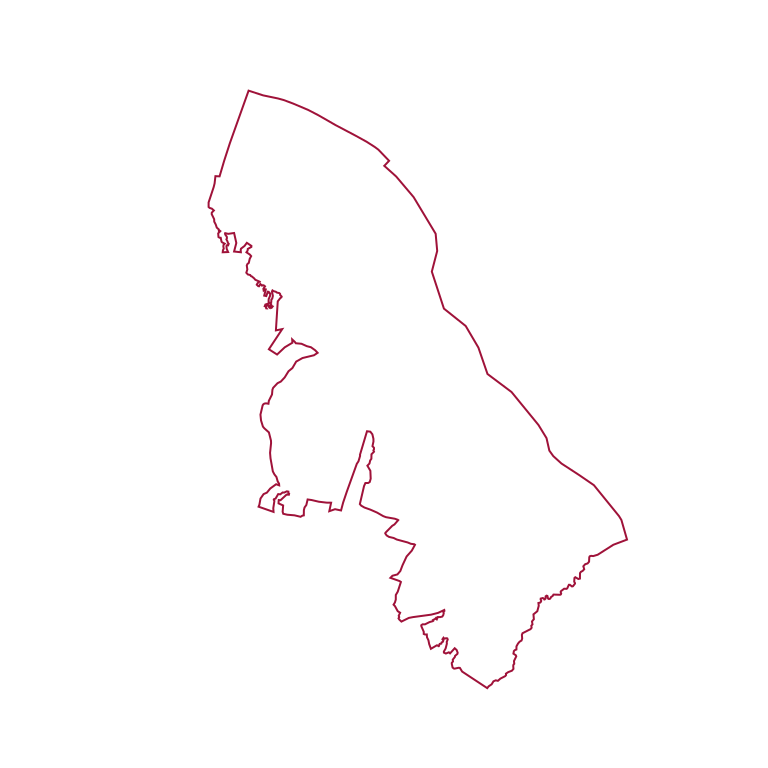 Galicea, Vâlcea, Romania, rotated 128°
{"feature_id": "2599482B8272038924488", "entity_name": "Galicea", "entity_type": "district", "adm_level": 2, "iso_a3": "ROU", "parent_name": "Romania", "parent_adm1": "Vâlcea", "projection": "albers", "projection_center": [24.314, 44.946], "detail": "fine", "context": "isolated", "style": "outline", "palette": "rose", "viewbox_px": 768, "rotation_deg": 128, "n_neighbors": 0, "source": "geoboundaries", "source_scale": "gbopen_adm2", "svg_char_len": 6165}
<svg xmlns="http://www.w3.org/2000/svg" viewBox="0 0 768 768"><g transform="rotate(128 384 384)"><path d="M379.5,592.2L376.0,588.1L374.4,591.1L372.3,593.1L371.1,593.1L370.7,592.2L369.1,592.7L368.9,593.9L368.0,595.1L367.1,597.2L365.7,597.6L364.7,598.6L364.1,600.8L363.5,601.8L362.9,602.0L361.6,599.2L357.3,595.1L363.8,587.2L371.9,583.7L368.3,577.9L366.7,579.4L365.4,580.0L361.1,578.9L357.2,579.0L356.8,573.5L357.7,572.9L361.4,574.5L362.9,573.6L364.9,573.5L364.6,569.4L365.0,567.4L368.0,566.9L371.8,565.1L373.5,565.5L375.1,565.1L377.9,562.2L381.1,561.0L381.5,558.7L380.5,556.5L380.9,555.2L380.6,554.4L380.7,551.4L381.1,549.6L380.0,545.2L382.4,545.7L384.1,545.4L384.3,543.3L383.9,542.6L381.4,543.0L381.7,542.3L381.2,541.5L381.6,540.8L380.3,539.6L380.3,537.9L383.2,537.7L384.3,536.5L382.6,536.3L382.2,535.4L388.1,532.8L387.2,530.9L382.8,532.4L382.4,531.7L382.5,531.0L383.0,530.8L382.7,529.4L384.8,528.0L388.0,527.2L390.0,525.8L390.4,525.0L392.0,524.8L394.4,526.4L396.1,525.9L395.8,525.0L396.9,523.4L396.7,523.1L396.3,524.1L394.5,524.9L392.9,522.9L394.0,522.3L394.4,521.3L394.3,520.7L393.7,520.9L393.2,519.5L391.5,519.5L392.1,521.2L391.8,521.4L391.4,520.9L391.3,521.5L390.5,522.1L390.5,523.2L389.0,523.2L386.7,524.8L385.6,524.6L383.0,525.8L380.0,529.3L378.9,529.5L378.8,528.2L377.9,526.0L377.9,524.7L376.8,522.4L377.0,521.3L377.8,520.6L378.1,518.5L378.9,518.2L380.1,518.6L384.3,518.6L408.3,502.2L403.4,498.0L427.5,496.1L426.6,486.4L416.2,484.8L407.9,481.6L405.4,483.8L405.7,480.3L406.2,478.6L403.1,473.8L401.7,468.1L400.0,464.2L399.8,459.0L400.3,455.5L404.5,456.9L413.7,464.2L420.4,467.0L427.8,466.0L432.7,467.1L440.0,466.3L445.6,466.8L448.9,468.4L455.2,469.0L457.2,468.4L461.2,465.8L468.1,464.4L470.7,462.9L471.9,465.1L473.1,466.2L474.3,466.6L475.5,466.5L484.2,462.5L488.4,458.5L492.1,453.2L492.6,451.0L493.0,444.9L498.2,438.2L500.1,436.6L508.4,431.4L512.4,427.7L521.3,417.8L522.7,414.7L523.5,411.5L526.2,407.8L527.1,405.4L528.4,404.2L529.4,407.3L536.4,409.3L541.7,409.4L544.9,411.1L550.3,410.8L555.8,407.9L557.9,407.3L552.8,392.3L550.0,394.8L543.6,398.4L543.1,399.6L542.6,399.8L541.0,398.9L535.9,399.6L534.8,397.8L531.9,397.1L531.0,395.8L528.4,394.5L527.7,393.1L528.9,392.2L528.8,391.3L529.8,390.8L531.2,392.7L539.3,394.0L540.2,395.5L541.2,394.9L543.0,393.6L541.8,388.7L547.1,385.2L548.3,383.5L546.6,379.8L542.6,373.7L540.0,368.0L537.9,367.2L536.9,366.3L532.7,369.5L530.2,370.6L527.2,370.7L522.0,373.1L520.0,369.6L516.9,362.9L512.9,356.3L510.1,352.6L517.9,348.8L512.8,345.5L510.1,340.0L502.6,343.2L491.8,347.0L463.6,356.3L460.7,356.5L455.3,358.6L454.7,359.3L431.7,368.3L430.0,365.4L430.8,362.2L433.7,358.6L435.8,356.9L440.1,354.8L440.4,352.7L441.6,351.7L442.8,351.5L443.5,350.2L447.1,350.6L450.7,347.9L452.8,347.8L455.6,346.5L458.6,346.8L460.8,341.3L466.8,336.2L470.0,334.9L471.7,335.5L473.5,337.7L476.7,336.9L493.5,329.1L493.9,327.1L493.4,323.4L491.4,317.4L489.6,310.3L488.6,303.3L487.7,300.4L483.5,292.5L482.5,289.5L482.5,289.0L488.3,289.3L490.7,290.2L500.3,291.3L501.0,291.0L501.7,288.7L501.4,285.9L499.4,281.6L498.7,278.2L494.3,267.8L493.4,264.5L491.6,261.4L491.6,260.6L498.2,259.5L506.0,260.0L515.5,257.8L521.3,256.0L525.8,256.2L529.9,259.3L532.8,259.6L529.7,250.4L529.6,248.8L539.2,245.3L543.0,244.8L546.6,242.0L549.4,240.9L552.0,240.6L552.3,238.6L554.6,233.3L554.3,230.5L557.6,229.7L558.3,228.5L559.7,228.3L560.2,227.0L560.5,224.0L553.0,220.4L549.8,217.6L536.8,204.9L531.1,200.5L525.0,197.4L525.6,196.7L527.1,197.0L527.7,195.9L529.7,195.0L531.4,194.9L533.1,196.2L534.5,198.1L537.0,197.5L537.0,197.9L536.4,199.0L537.6,199.1L539.9,200.1L540.3,199.4L540.8,199.5L543.5,201.5L548.1,203.7L549.7,205.7L551.2,206.1L551.9,205.4L554.8,200.1L556.5,198.8L556.2,197.6L555.0,196.1L557.1,194.2L558.6,191.2L561.1,188.3L563.8,184.0L557.4,181.5L556.9,180.6L557.1,179.7L556.8,179.4L554.5,180.1L553.3,179.0L552.2,179.5L550.8,178.9L549.6,179.3L549.2,180.8L547.3,180.9L547.6,179.6L546.1,178.6L545.5,177.5L546.1,176.5L548.6,175.8L549.9,174.6L554.5,172.6L558.0,172.1L558.8,171.4L558.3,169.3L555.5,167.7L555.6,166.1L548.7,165.6L548.9,163.0L550.4,160.5L551.5,160.0L554.5,160.6L555.4,160.1L558.9,160.1L560.2,158.8L562.0,158.9L562.7,158.4L565.2,155.4L565.2,153.8L564.8,153.1L561.7,150.5L561.0,149.4L562.5,145.4L560.1,115.4L557.8,115.4L554.4,114.3L550.9,114.7L548.7,113.5L547.8,111.5L544.5,110.9L539.5,108.6L538.2,108.6L537.2,109.6L534.5,108.7L531.2,106.7L528.8,106.6L526.6,108.6L525.4,109.2L524.3,109.1L522.3,111.0L517.2,112.1L516.6,113.1L516.8,116.0L514.5,117.2L513.3,117.1L511.7,116.2L509.2,118.1L506.0,118.6L503.6,118.5L501.5,117.7L499.5,118.4L496.8,120.9L495.1,121.4L486.9,117.6L485.2,117.6L483.8,119.1L482.0,119.0L480.0,121.2L477.1,121.1L473.5,124.4L468.7,123.3L463.5,125.5L461.5,127.5L460.0,126.3L458.8,126.3L458.1,126.6L457.3,128.0L456.6,128.4L454.9,127.1L454.7,126.1L455.1,125.0L454.7,124.7L453.5,124.6L451.8,125.9L450.7,125.6L450.4,124.8L452.0,122.7L452.1,122.1L451.7,121.4L450.8,120.9L448.9,121.2L447.3,120.6L445.6,120.8L441.7,115.5L440.9,115.1L440.0,115.4L439.1,116.8L438.3,117.0L434.4,116.0L433.0,114.0L432.2,113.8L428.4,114.7L427.8,113.9L427.8,111.2L427.0,110.6L423.7,110.6L423.2,111.1L422.7,112.4L419.6,114.5L418.5,114.3L418.0,110.8L416.7,109.8L412.4,113.1L410.8,113.2L409.0,112.4L406.7,112.2L404.9,114.7L402.1,114.5L400.1,113.1L397.8,113.0L394.1,115.6L393.1,115.8L391.9,115.0L390.8,113.2L387.0,110.5L369.5,104.3L357.0,96.7L345.0,113.2L343.4,117.5L334.5,156.3L335.6,174.1L337.4,195.2L336.6,206.2L334.7,212.7L326.6,222.6L321.2,237.0L311.8,278.6L312.4,308.6L297.2,332.0L288.0,355.3L287.7,383.2L266.0,415.5L246.4,424.0L233.8,435.8L218.5,475.7L213.0,502.1L211.9,518.1L205.0,517.4L202.8,532.7L202.9,537.1L203.8,546.7L205.8,559.2L209.8,581.5L212.6,601.1L214.7,612.4L219.0,628.4L222.0,637.9L224.3,643.4L231.0,657.0L236.2,671.3L288.9,653.8L306.7,647.3L321.6,641.4L324.0,644.8L330.2,641.0L333.8,639.4L348.9,634.0L352.5,631.2L352.6,629.8L351.8,627.6L352.0,624.9L355.0,625.2L356.2,624.4L358.7,619.3L360.6,617.7L361.9,614.8L363.7,612.1L363.9,609.4L364.9,608.5L364.3,607.9L364.3,607.1L367.4,607.4L370.1,604.9L370.0,603.7L369.3,602.7L371.9,599.6L372.0,598.6L371.5,595.9L373.2,596.1L374.5,595.3L376.0,593.6L377.7,593.3L379.5,592.2Z" fill="none" stroke="#9f1239" stroke-width="2"/></g></svg>